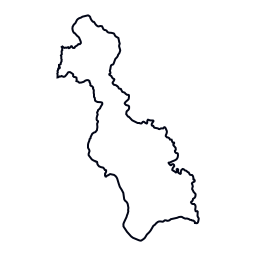 outline of Cumbitara, Nariño, Colombia
{"feature_id": "7082276B90386853477374", "entity_name": "Cumbitara", "entity_type": "district", "adm_level": 2, "iso_a3": "COL", "parent_name": "Colombia", "parent_adm1": "Nariño", "projection": "natural_earth1", "projection_center": [-77.6, 1.741], "detail": "fine", "context": "isolated", "style": "outline", "palette": "ink", "viewbox_px": 256, "rotation_deg": 0, "n_neighbors": 0, "source": "geoboundaries", "source_scale": "gbopen_adm2", "svg_char_len": 5764}
<svg xmlns="http://www.w3.org/2000/svg" viewBox="0 0 256 256"><path d="M119.3,42.4L118.4,38.0L115.7,36.4L115.0,35.6L114.2,33.9L113.7,33.4L111.2,32.8L109.1,32.7L108.2,32.4L107.4,31.9L106.5,30.6L105.5,30.1L104.5,30.0L103.4,29.2L102.4,27.0L101.9,26.2L100.2,26.0L98.8,26.4L98.1,26.4L96.6,25.5L95.4,24.1L94.3,22.3L93.9,21.9L93.2,21.9L91.8,20.6L90.5,18.3L90.2,17.1L89.7,16.4L88.5,15.5L87.8,15.4L82.4,16.7L81.0,17.6L79.2,18.2L77.7,19.2L76.9,20.1L75.4,23.1L73.8,24.6L72.6,26.8L72.4,28.8L72.9,31.0L73.8,32.7L74.8,33.2L77.2,35.9L78.5,36.9L79.2,37.9L80.7,41.5L80.9,42.9L80.6,43.4L79.9,44.1L78.4,44.1L77.5,45.2L75.1,46.7L74.6,47.7L74.1,48.0L73.0,47.9L72.2,47.1L71.9,46.4L71.6,46.2L70.9,46.4L69.8,47.8L69.2,48.1L68.7,48.1L68.1,47.2L66.6,47.8L65.8,47.6L64.6,47.9L63.7,47.5L62.4,46.5L61.7,47.0L62.4,48.0L62.1,49.3L62.3,50.2L61.6,51.2L61.8,54.3L60.9,55.5L61.3,56.4L61.3,58.7L61.7,59.7L61.5,60.5L61.6,61.2L60.8,62.9L60.7,64.1L60.3,64.5L59.0,64.9L59.0,66.6L59.2,67.0L59.8,67.2L59.8,67.9L59.3,68.4L58.8,68.1L58.4,68.3L58.1,69.0L57.9,70.5L57.5,71.0L57.8,72.4L57.3,73.6L57.6,74.8L57.5,77.4L58.4,77.2L59.7,76.4L60.8,76.5L61.6,76.0L63.4,76.8L64.3,76.7L65.1,76.3L67.0,74.1L68.0,72.5L68.6,72.2L69.5,72.1L70.2,72.2L73.0,74.1L73.2,74.6L73.1,76.1L73.9,76.9L75.6,77.2L76.4,77.6L76.7,79.6L76.4,81.1L78.0,81.6L79.3,82.7L81.4,82.5L83.7,81.8L85.2,80.7L86.5,80.2L87.7,80.1L88.5,80.3L89.5,81.2L89.5,82.1L89.9,82.7L90.4,84.1L90.3,85.2L90.9,85.8L92.1,86.3L93.1,87.4L93.0,88.7L93.5,89.4L93.8,90.3L93.7,93.0L94.0,94.2L94.0,96.9L94.7,97.8L95.1,100.6L96.2,101.4L97.5,102.0L100.8,102.2L102.0,102.6L102.3,103.2L102.2,104.4L100.9,106.4L100.0,108.4L98.0,110.2L97.8,111.4L97.1,112.3L97.2,112.9L97.7,114.7L97.1,115.9L97.0,116.7L96.7,117.5L96.6,119.3L96.9,120.2L98.0,121.2L98.0,121.8L97.1,123.8L97.4,127.1L96.9,130.2L95.4,132.1L93.9,132.6L92.3,133.7L90.7,136.9L90.5,138.3L89.6,139.1L89.4,140.4L88.3,143.2L88.0,144.8L88.0,147.7L89.3,150.1L89.5,151.1L88.6,154.0L88.7,155.3L91.8,159.4L93.7,160.6L94.7,160.9L95.4,161.5L95.7,161.3L97.0,161.9L97.2,162.5L97.3,163.7L97.8,164.8L99.0,166.3L100.9,167.1L103.1,167.6L103.9,168.4L104.9,170.0L105.8,170.1L106.1,170.3L106.1,171.8L105.5,173.1L105.1,173.4L105.0,175.4L105.5,176.5L106.1,176.6L107.0,175.7L108.5,175.1L109.8,174.2L110.3,174.1L114.0,174.9L115.5,176.0L116.6,177.4L117.2,178.6L118.8,183.9L119.8,186.8L121.8,190.0L123.3,192.9L124.2,199.2L124.9,200.5L126.5,201.9L127.2,202.9L127.7,204.0L128.4,207.9L128.1,210.0L128.3,211.3L127.6,213.9L127.1,215.0L126.5,217.1L123.9,222.6L123.4,224.1L123.5,226.5L127.0,231.8L131.1,236.4L133.0,237.8L138.8,240.2L140.2,240.6L141.0,240.6L141.5,240.4L143.6,239.0L144.9,237.8L146.9,234.5L149.1,232.4L150.7,230.4L153.3,225.9L155.3,224.4L155.8,223.6L157.7,222.0L158.9,221.5L160.1,221.4L162.8,221.7L163.6,221.3L164.6,220.4L165.4,220.3L166.2,220.4L167.2,220.8L168.2,220.7L169.5,220.3L170.8,219.2L177.1,217.8L179.1,217.0L181.1,216.8L182.0,217.0L183.5,217.9L185.2,218.6L186.9,218.5L188.7,219.0L190.0,219.8L191.5,220.0L192.1,220.5L193.4,220.6L194.7,221.6L194.9,223.0L196.8,223.2L197.4,223.0L198.1,221.9L198.7,219.0L198.7,218.3L198.0,217.2L197.5,215.9L197.7,211.7L197.3,211.2L195.9,211.3L195.6,211.1L195.2,209.5L195.6,206.8L195.3,205.2L194.2,204.0L192.7,204.0L192.0,203.7L191.6,203.4L191.0,202.2L191.2,201.8L192.2,201.1L192.7,200.4L193.0,198.9L194.6,197.8L195.3,196.7L195.6,194.9L195.5,194.0L193.4,191.6L193.0,190.5L192.2,189.3L192.2,188.4L192.8,186.4L192.5,185.1L191.9,183.6L192.3,182.7L194.5,181.5L194.7,181.0L194.7,180.4L194.3,179.7L193.9,179.8L193.4,179.4L193.3,177.2L192.8,175.9L192.2,175.1L190.1,174.8L189.5,174.1L189.1,173.2L188.6,172.4L187.7,172.1L186.3,170.8L184.9,170.4L183.6,169.2L182.6,169.0L181.4,170.0L180.8,171.6L180.8,173.5L180.2,173.9L178.8,173.1L178.1,172.4L178.0,171.6L178.2,169.8L178.1,169.4L177.6,169.0L177.2,168.9L176.7,169.3L176.7,169.7L177.0,170.3L176.9,171.2L176.5,172.0L176.1,172.4L175.6,172.4L174.7,171.4L173.7,171.0L172.3,170.0L172.3,169.3L172.8,168.0L174.2,166.1L174.0,164.9L173.2,164.2L172.8,164.2L171.9,164.4L171.2,165.1L170.6,165.2L170.0,164.8L168.8,163.4L168.6,162.8L168.8,162.6L169.9,162.5L172.4,161.3L174.7,160.4L176.5,159.3L177.2,158.3L177.7,157.2L178.0,155.4L177.8,153.6L177.5,153.3L175.9,152.9L175.0,151.8L174.9,150.8L175.6,150.0L175.8,149.4L175.6,147.8L173.7,145.6L173.3,144.9L173.4,144.4L174.1,143.5L174.1,142.7L173.9,142.5L173.1,142.7L172.7,142.5L172.1,141.4L171.6,139.7L169.9,139.5L169.5,138.5L169.1,138.1L168.0,137.5L166.9,137.3L165.8,136.1L165.8,135.2L166.5,133.7L166.9,132.0L166.8,131.0L165.5,128.0L165.0,127.4L164.4,127.2L164.0,127.4L163.2,128.4L161.0,128.4L159.5,129.1L158.7,129.0L157.9,128.4L154.4,127.7L153.9,127.2L153.5,126.2L153.1,125.8L152.3,125.8L151.7,125.0L151.7,124.1L152.0,123.3L153.4,121.4L153.4,120.8L153.1,120.5L150.2,120.4L148.0,119.7L147.7,120.0L147.3,120.9L147.2,122.8L146.9,123.4L146.6,123.5L145.5,123.0L144.1,121.9L143.4,121.7L142.8,121.9L141.6,123.3L141.1,123.5L139.9,123.3L139.5,123.0L137.6,123.0L132.2,120.3L128.9,116.8L128.4,116.8L127.8,116.3L126.2,114.1L126.5,111.9L126.8,111.2L128.2,110.0L128.8,109.2L129.1,108.2L129.1,106.7L128.7,105.9L128.2,105.6L126.0,105.0L125.0,104.0L124.7,103.3L124.8,103.0L125.5,102.0L128.1,99.7L128.7,98.9L129.0,96.6L128.9,95.2L128.5,94.9L127.1,94.8L125.6,93.8L124.6,92.6L122.4,91.9L121.1,89.6L120.8,88.9L119.1,88.6L118.7,88.2L118.2,87.0L117.3,86.1L117.0,86.1L116.6,85.6L115.8,85.2L113.8,84.7L112.8,83.5L112.6,82.9L112.7,82.4L113.8,80.8L114.3,79.7L114.3,79.3L114.1,79.0L112.8,78.4L111.9,77.2L111.4,76.1L109.6,75.0L109.3,74.7L109.3,74.1L110.2,73.5L110.4,73.1L110.4,72.3L109.9,71.2L109.9,70.5L110.3,69.2L110.7,66.8L111.0,65.6L111.5,65.0L113.1,64.4L113.6,63.7L115.3,59.0L117.1,57.1L117.9,55.7L118.0,55.0L119.4,53.0L120.2,50.6L120.0,49.1L119.8,48.8L119.1,46.3L119.2,45.2L119.6,44.1L119.7,43.4L119.3,42.4Z" fill="none" stroke="#020617" stroke-width="2"/></svg>